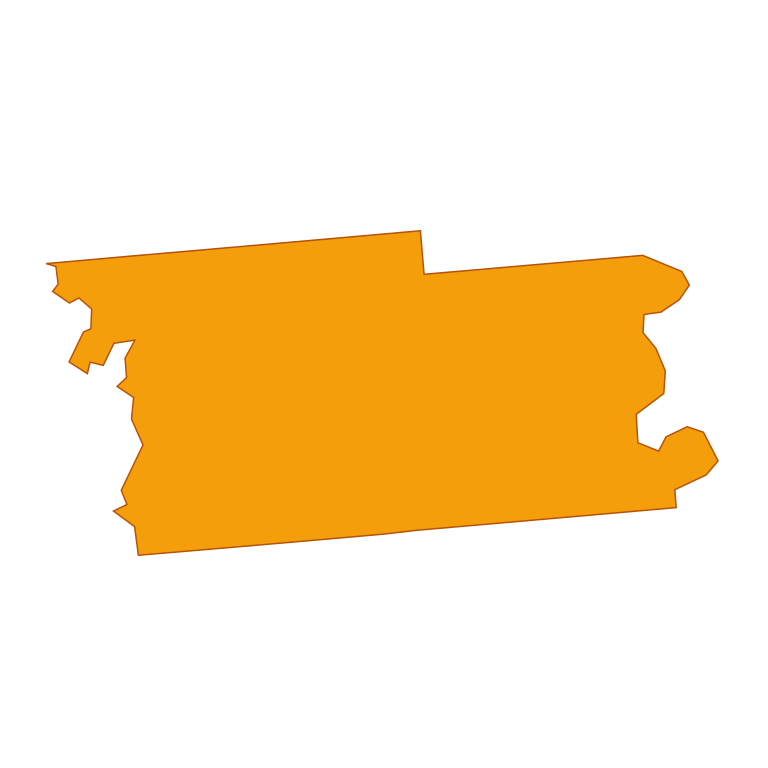 outline of Seminole, Oklahoma, United States of America, rotated 265°
{"feature_id": "52423323B44953596645319", "entity_name": "Seminole", "entity_type": "district", "adm_level": 2, "iso_a3": "USA", "parent_name": "United States of America", "parent_adm1": "Oklahoma", "projection": "robinson", "projection_center": [-96.601, 35.162], "detail": "fine", "context": "isolated", "style": "filled", "palette": "amber", "viewbox_px": 768, "rotation_deg": 265, "n_neighbors": 0, "source": "geoboundaries", "source_scale": "gbopen_adm2", "svg_char_len": 807}
<svg xmlns="http://www.w3.org/2000/svg" viewBox="0 0 768 768"><g transform="rotate(265 384 384)"><path d="M371.1,129.4L344.3,138.6L301.0,113.0L286.4,117.4L281.0,103.4L263.7,123.1L234.8,124.4L234.5,247.6L234.5,371.8L235.4,402.8L235.4,664.3L253.4,664.5L265.4,697.1L278.3,710.1L308.1,698.0L315.0,682.3L306.8,660.4L293.2,651.7L303.4,631.8L331.8,632.6L350.2,661.9L372.6,665.4L395.9,657.9L412.6,646.5L430.6,649.1L431.5,666.3L442.3,685.6L455.9,696.8L470.1,690.5L489.6,652.9L489.8,433.5L533.5,433.6L533.4,247.4L533.5,143.8L533.4,57.9L529.6,67.4L511.8,68.1L505.1,61.9L492.1,77.7L496.3,87.6L484.2,99.3L464.6,96.8L462.0,89.1L433.4,72.2L420.2,89.4L431.4,93.1L427.0,105.9L448.1,118.5L449.4,139.7L432.3,128.3L412.9,128.1L404.8,117.9L392.4,133.4L371.1,129.4Z" fill="#f59e0b" stroke="#b45309" stroke-width="1.5"/></g></svg>